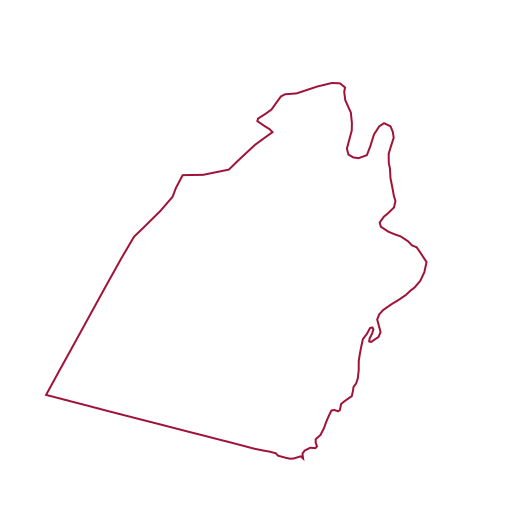 outline of Al-Mada'in, Diyala, Iraq, rotated 195°
{"feature_id": "34846034B77650308075556", "entity_name": "Al-Mada'in", "entity_type": "district", "adm_level": 2, "iso_a3": "IRQ", "parent_name": "Iraq", "parent_adm1": "Diyala", "projection": "mercator", "projection_center": [44.639, 33.217], "detail": "fine", "context": "isolated", "style": "outline", "palette": "rose", "viewbox_px": 512, "rotation_deg": 195, "n_neighbors": 0, "source": "geoboundaries", "source_scale": "gbopen_adm2", "svg_char_len": 2095}
<svg xmlns="http://www.w3.org/2000/svg" viewBox="0 0 512 512"><g transform="rotate(195 256 256)"><path d="M166.7,417.4L170.5,413.2L173.5,403.9L173.7,399.1L174.0,391.7L175.0,382.1L182.3,377.0L184.4,376.8L187.5,376.4L193.0,377.9L195.5,382.4L196.0,383.3L196.0,402.1L197.8,409.3L201.5,419.1L205.7,424.2L210.1,429.6L213.3,437.4L213.6,441.8L215.5,442.7L219.6,444.5L222.9,443.8L227.6,442.7L234.0,439.2L240.6,435.6L251.4,428.5L258.8,423.6L267.0,420.7L269.7,419.8L273.2,416.6L275.8,410.0L277.0,406.7L278.9,401.6L283.6,395.8L284.7,394.6L289.6,389.3L289.6,386.6L284.7,384.9L280.7,383.5L275.9,382.1L274.1,381.1L272.1,379.9L275.3,376.0L278.6,372.0L285.6,363.3L292.1,353.0L299.0,341.9L304.6,332.4L317.9,325.8L328.1,320.7L335.2,318.7L347.5,315.2L347.8,315.0L351.0,300.8L351.9,291.6L360.2,274.5L373.2,252.3L378.8,243.1L385.5,218.8L392.4,191.4L400.0,160.5L404.3,142.9L412.5,109.6L416.3,94.3L422.8,67.5L394.0,67.7L384.4,67.8L361.8,67.9L340.7,68.1L323.8,68.3L296.7,68.6L285.8,68.7L274.1,68.8L261.9,69.0L248.7,69.1L232.3,69.3L217.6,69.4L207.9,69.4L198.4,70.0L192.8,70.5L185.9,70.6L183.0,68.8L182.1,68.8L174.5,68.8L170.7,69.0L167.3,70.1L160.9,74.1L158.1,72.6L160.0,77.2L158.6,80.7L154.0,84.8L148.9,85.8L147.8,87.9L150.1,91.2L150.9,94.5L147.4,99.8L145.7,107.8L145.3,113.5L144.3,120.4L143.2,126.2L140.7,127.5L136.4,127.3L135.1,129.0L135.5,135.1L132.9,138.7L127.2,145.5L127.4,150.2L127.9,154.8L126.3,158.8L126.0,164.2L127.2,172.1L129.6,181.3L130.4,188.9L130.9,195.9L131.2,203.4L128.7,209.6L127.2,215.9L125.1,217.1L123.6,215.6L123.8,210.9L124.9,205.9L124.6,202.8L122.6,202.7L121.7,203.8L119.6,206.2L116.7,209.5L116.0,214.8L122.5,226.0L121.9,231.4L119.2,236.7L117.3,239.0L112.3,244.9L106.8,250.6L101.2,257.1L97.9,262.4L94.7,266.6L90.9,274.5L89.2,283.9L89.7,294.3L97.7,301.4L103.1,306.0L108.1,306.6L112.8,309.5L121.4,312.4L127.3,312.8L134.3,313.7L143.0,316.6L145.2,320.3L142.6,327.2L140.0,330.7L138.1,333.8L135.3,338.6L135.5,345.1L138.4,349.8L142.5,358.4L146.3,366.1L149.2,375.0L151.9,380.4L154.3,389.1L154.0,398.3L153.6,405.8L155.9,411.2L159.7,416.1L166.7,417.4Z" fill="none" stroke="#9f1239" stroke-width="2"/></g></svg>